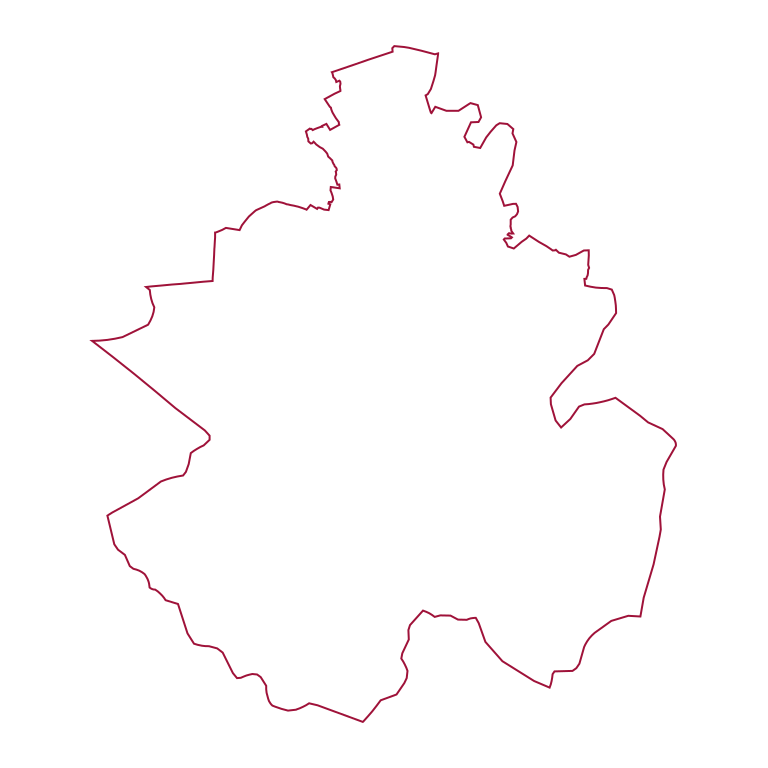 Copacele, Caras-Severin, Romania
{"feature_id": "2599482B86602840637576", "entity_name": "Copacele", "entity_type": "district", "adm_level": 2, "iso_a3": "ROU", "parent_name": "Romania", "parent_adm1": "Caras-Severin", "projection": "natural_earth1", "projection_center": [22.073, 45.483], "detail": "fine", "context": "isolated", "style": "outline", "palette": "rose", "viewbox_px": 768, "rotation_deg": 0, "n_neighbors": 0, "source": "geoboundaries", "source_scale": "gbopen_adm2", "svg_char_len": 5656}
<svg xmlns="http://www.w3.org/2000/svg" viewBox="0 0 768 768"><path d="M640.4,616.5L643.7,597.7L653.6,564.3L659.5,536.8L660.8,529.5L660.0,516.6L664.8,489.4L663.8,484.5L663.3,479.6L663.2,474.6L663.5,469.6L666.6,461.9L675.9,445.8L675.9,444.2L675.6,442.6L674.9,441.1L674.0,439.7L673.1,438.8L662.6,429.1L648.1,422.4L640.1,415.8L615.5,397.8L611.7,399.1L607.9,400.3L604.1,401.3L600.2,402.2L596.3,403.0L592.4,403.6L588.4,404.1L584.4,404.4L579.0,406.6L570.3,419.0L561.1,427.5L555.6,420.5L550.9,404.2L550.6,397.6L561.5,383.2L577.3,365.9L587.8,360.3L594.2,353.9L603.8,329.2L608.4,324.5L616.1,313.1L616.0,309.2L615.8,305.3L615.3,301.4L614.7,297.5L614.2,295.1L611.8,289.6L607.0,288.1L601.4,288.0L595.9,287.6L590.5,286.7L585.1,285.5L584.4,278.9L586.3,278.8L586.7,277.2L587.6,275.4L588.0,273.1L588.1,269.9L589.1,267.9L588.2,264.9L588.8,255.5L588.7,250.3L583.8,250.5L575.9,254.9L569.4,256.7L565.9,254.4L558.9,252.7L555.9,249.8L555.2,250.3L552.7,250.5L550.8,249.1L546.5,246.2L538.9,241.9L529.2,235.6L526.3,238.6L521.7,241.8L513.8,248.5L507.9,246.5L506.3,242.9L503.8,239.5L504.7,238.5L508.5,238.4L511.0,238.3L511.9,237.4L510.1,236.2L507.6,234.8L507.6,234.5L509.0,233.2L511.6,233.6L513.2,233.5L511.3,230.8L511.2,229.5L510.6,227.8L510.8,227.3L510.4,226.3L510.7,224.4L510.7,219.7L512.6,217.5L515.2,216.3L517.0,214.2L518.1,211.4L517.6,206.9L516.0,203.8L512.9,203.9L508.4,204.9L504.2,205.8L502.7,201.2L499.8,193.7L505.4,181.0L512.7,165.4L514.5,150.5L516.4,142.0L512.5,133.4L513.3,129.1L507.4,124.0L499.7,123.2L496.3,125.3L490.5,131.9L489.9,132.7L486.2,137.4L480.2,148.0L473.9,146.8L473.4,144.6L469.0,141.9L467.4,142.3L464.4,136.8L465.1,135.3L471.0,122.3L478.5,122.0L481.1,117.3L477.8,105.1L470.4,103.1L458.5,110.8L446.4,110.8L435.3,106.8L431.5,113.1L430.9,112.7L430.0,110.0L425.6,95.4L426.7,94.8L427.8,94.1L430.9,89.0L433.4,81.2L435.1,75.3L435.6,72.1L436.5,65.4L437.7,57.0L438.0,54.7L438.1,53.9L438.1,53.4L434.9,54.3L421.3,50.7L409.0,47.8L404.0,47.0L394.3,46.1L392.3,48.2L392.6,51.7L368.4,59.7L354.9,64.4L331.9,72.2L332.3,72.8L332.8,74.7L333.4,77.3L334.6,78.3L335.8,80.0L336.3,82.0L339.4,80.7L340.2,81.6L340.5,83.8L339.9,86.2L340.1,88.4L340.4,90.0L340.4,91.0L334.6,93.7L324.7,99.1L329.9,106.9L330.9,107.6L331.3,109.5L332.5,112.5L334.5,115.9L335.9,118.2L338.8,122.1L338.9,123.6L339.3,124.8L330.1,129.9L326.4,123.9L321.9,126.0L322.2,126.8L321.3,126.8L320.1,127.1L317.6,128.0L314.5,129.2L312.7,130.1L311.5,128.9L310.6,129.0L309.8,128.6L305.9,131.4L306.9,134.7L307.3,136.9L308.2,138.6L308.4,141.4L310.8,143.5L312.2,143.2L313.6,141.7L315.4,143.5L316.0,144.3L319.8,147.1L322.8,148.7L325.5,151.5L327.2,153.6L328.2,156.6L329.9,158.1L332.3,160.5L332.4,161.4L332.7,162.2L333.5,163.9L334.2,164.8L334.7,166.3L335.9,167.5L336.5,168.4L336.8,170.1L335.7,171.6L336.0,172.5L336.2,174.7L335.9,175.3L335.3,176.6L335.2,178.4L336.2,181.0L337.4,184.7L339.3,184.5L339.7,188.3L330.8,187.0L330.5,190.4L331.5,192.8L332.7,196.4L333.2,199.5L331.6,202.1L330.1,201.9L328.9,202.0L328.4,203.7L330.3,204.3L328.6,210.1L326.0,209.8L324.1,209.6L319.6,207.7L318.0,207.6L317.1,208.9L310.5,205.0L308.6,207.3L306.6,209.7L306.2,209.5L306.0,209.4L302.8,208.2L301.0,207.6L298.2,206.7L296.5,206.3L296.4,206.3L294.0,205.7L290.7,205.1L289.1,204.7L287.9,204.4L286.8,204.3L286.0,204.0L284.8,203.5L283.6,203.1L282.8,202.9L282.7,202.8L279.9,202.2L278.7,202.0L278.2,201.8L277.4,201.6L277.1,201.6L276.1,201.7L273.3,202.1L271.4,202.6L270.5,203.2L268.4,204.2L265.3,205.9L264.9,206.2L256.1,210.2L254.8,211.2L248.9,216.5L244.6,221.8L241.9,225.3L239.6,230.1L225.9,227.9L222.2,229.9L217.6,231.8L215.4,232.6L215.1,232.6L215.1,236.6L215.1,237.6L214.9,240.3L214.5,247.4L214.4,248.2L214.2,252.7L214.1,255.3L213.7,262.4L213.3,269.9L212.7,277.5L212.6,281.0L203.6,281.7L197.3,282.3L192.2,282.8L184.5,283.5L180.6,283.9L172.3,284.5L161.7,285.5L150.4,286.5L146.1,287.0L149.8,290.0L150.3,294.5L151.2,298.9L152.5,303.2L154.3,307.3L153.6,311.9L152.3,316.3L150.4,320.6L148.1,324.7L122.5,337.1L115.0,338.7L107.4,339.9L99.8,340.6L92.1,340.9L113.3,357.3L134.3,374.0L155.0,391.0L175.5,408.2L204.8,430.4L209.6,435.7L209.6,439.8L203.7,445.4L200.3,447.0L197.0,448.9L193.8,450.9L190.8,453.1L188.7,464.1L185.9,471.9L183.1,475.5L177.4,476.5L171.8,477.8L166.2,479.5L160.9,481.5L138.2,498.3L112.3,512.5L107.4,515.6L114.3,544.3L118.0,549.7L124.9,554.9L129.8,566.1L133.4,568.8L136.4,569.6L139.3,570.7L142.0,572.2L144.5,574.0L145.6,575.5L146.5,577.1L147.4,578.7L148.1,580.4L148.7,582.1L149.1,583.8L149.6,587.5L150.8,588.4L152.2,589.1L153.7,589.5L155.2,589.6L157.9,591.5L160.1,593.5L162.2,595.6L164.0,597.8L165.6,600.2L178.0,604.0L187.5,633.4L194.0,643.7L197.6,644.8L201.4,645.6L201.7,645.7L205.3,646.1L209.0,646.2L217.2,648.4L222.7,652.6L232.9,673.1L237.0,678.1L240.8,677.8L243.6,676.6L246.4,675.5L249.3,674.7L252.3,674.0L257.1,674.5L260.7,677.1L266.2,685.8L266.2,689.3L266.6,692.8L268.2,698.8L269.0,701.1L270.5,703.5L271.4,704.6L272.4,705.6L275.2,706.7L281.6,708.9L288.0,710.6L296.1,709.7L296.4,709.5L299.7,708.3L303.0,706.8L306.1,705.2L309.1,703.3L317.6,705.3L362.8,721.9L363.2,721.6L367.6,716.7L372.2,711.4L376.5,705.9L380.7,700.3L396.5,694.5L404.3,683.1L406.7,678.1L407.5,670.9L406.3,667.7L404.8,664.5L403.2,661.5L401.3,658.6L402.3,653.3L408.8,639.5L408.4,630.1L410.0,625.1L423.0,610.6L426.2,611.8L429.2,613.2L432.1,615.0L434.7,616.9L440.3,615.4L450.5,615.6L458.0,619.6L466.8,619.8L468.7,619.0L470.6,618.4L472.5,618.1L474.5,617.9L475.8,617.9L478.7,623.1L485.4,641.9L502.4,661.2L534.1,681.0L549.6,687.6L550.8,684.3L551.6,681.0L552.2,677.6L552.6,674.2L554.5,671.4L572.5,670.9L576.3,668.2L579.4,663.7L584.1,647.1L585.2,644.7L587.1,641.4L589.3,638.3L591.9,635.4L594.7,632.8L611.3,620.9L628.3,615.8L640.4,616.5Z" fill="none" stroke="#9f1239" stroke-width="2"/></svg>